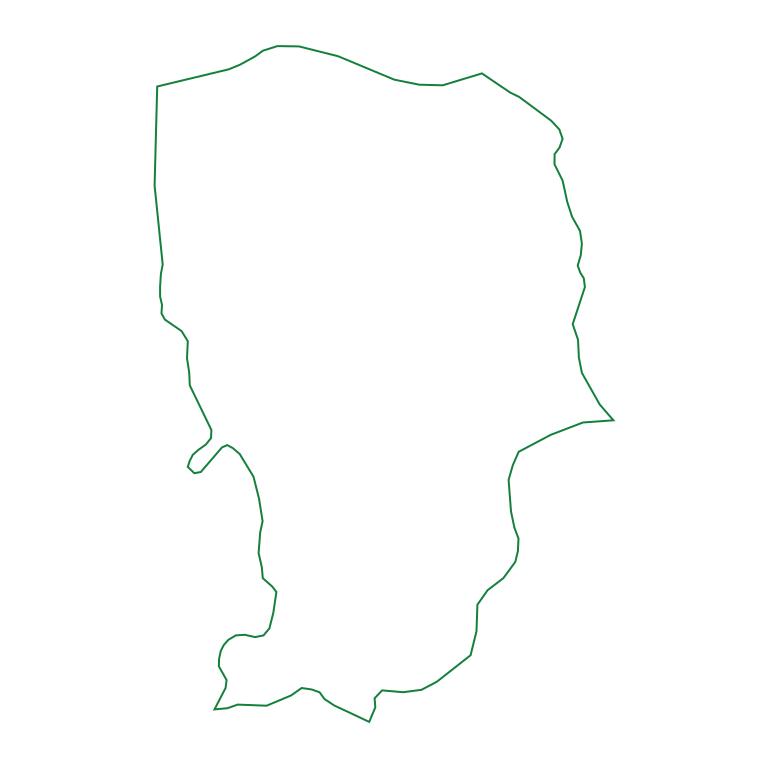 map outline of Amran (orthographic projection)
{"feature_id": "YEM-155", "entity_name": "Amran", "entity_type": "Governorate", "adm_level": 1, "iso_a3": "YEM", "parent_name": "Yemen", "parent_adm1": "", "projection": "orthographic", "projection_center": [43.957, 16.092], "detail": "fine", "context": "isolated", "style": "outline", "palette": "green", "viewbox_px": 768, "rotation_deg": 0, "n_neighbors": 0, "source": "natural_earth", "source_scale": "10m", "svg_char_len": 1516}
<svg xmlns="http://www.w3.org/2000/svg" viewBox="0 0 768 768"><path d="M277.4,46.1L298.9,46.4L338.0,56.2L394.4,79.7L419.3,84.7L442.7,85.3L481.9,73.4L510.4,92.7L519.1,96.9L551.2,120.7L559.3,129.4L562.6,138.8L559.6,147.4L554.6,154.2L554.5,164.3L562.6,180.6L567.3,202.1L572.1,216.8L580.0,230.9L581.9,243.7L580.8,255.1L577.7,265.6L580.4,272.9L583.8,278.3L584.9,287.1L572.7,324.2L578.0,339.7L578.9,357.6L581.9,372.9L599.7,404.5L613.4,420.3L582.9,422.5L550.8,434.8L518.7,451.8L512.8,465.2L508.6,479.9L511.0,511.5L514.4,527.6L518.5,538.6L517.9,551.1L515.3,561.9L503.4,578.1L487.6,590.2L477.4,604.7L476.5,631.2L470.6,655.2L436.9,681.7L421.5,689.8L403.3,692.2L382.1,690.4L374.6,698.3L375.3,707.4L369.2,721.9L334.3,705.5L324.5,699.1L319.6,692.3L311.8,689.5L301.7,688.0L291.0,695.5L266.6,705.7L237.7,704.6L227.5,708.2L214.5,709.4L225.6,687.9L226.6,680.1L218.9,666.4L219.1,658.8L220.8,650.8L223.8,645.0L228.4,639.8L235.8,635.4L244.8,634.8L255.1,637.1L263.5,635.4L269.4,628.4L273.3,612.9L276.4,592.0L272.4,586.7L262.8,578.2L261.8,567.1L258.6,553.1L260.2,532.4L262.6,521.2L259.0,498.5L253.5,476.7L239.7,454.0L232.8,448.1L227.2,445.1L222.0,447.4L200.8,472.0L194.3,473.2L187.8,466.9L189.7,460.9L192.8,454.8L198.5,449.8L205.9,444.5L211.0,438.1L211.4,430.0L189.8,385.4L189.2,372.5L187.0,358.2L187.8,341.2L181.6,331.1L164.9,319.6L161.5,313.5L162.0,304.8L160.1,296.6L160.1,286.4L160.9,273.9L162.7,264.5L154.6,185.7L157.2,86.5L228.8,69.3L239.6,64.9L255.1,56.4L262.9,50.7L277.4,46.1Z" fill="none" stroke="#15803d" stroke-width="2"/></svg>